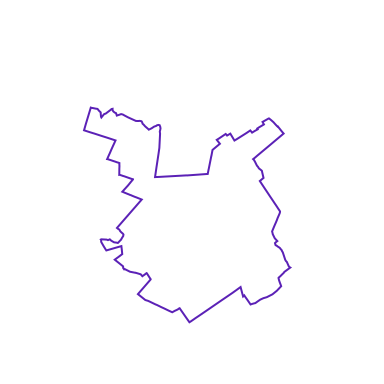 the district of Conkal, Yucatán, Mexico, rotated 229°
{"feature_id": "50627088B39566324417848", "entity_name": "Conkal", "entity_type": "district", "adm_level": 2, "iso_a3": "MEX", "parent_name": "Mexico", "parent_adm1": "Yucatán", "projection": "orthographic", "projection_center": [-89.502, 21.075], "detail": "fine", "context": "isolated", "style": "outline", "palette": "violet", "viewbox_px": 384, "rotation_deg": 229, "n_neighbors": 0, "source": "geoboundaries", "source_scale": "gbopen_adm2", "svg_char_len": 4319}
<svg xmlns="http://www.w3.org/2000/svg" viewBox="0 0 384 384"><g transform="rotate(229 192 192)"><path d="M204.1,89.0L197.5,103.2L194.4,101.1L190.9,98.6L191.6,89.3L181.1,91.2L179.8,90.2L178.5,90.1L178.6,90.4L172.5,92.9L168.0,96.4L168.0,96.5L163.5,99.3L161.0,99.3L160.9,100.5L160.7,102.1L160.7,102.7L160.7,103.3L160.6,103.9L160.6,104.5L160.4,104.6L153.6,103.6L153.4,103.6L153.3,103.3L153.1,103.2L150.4,84.2L149.3,84.4L146.1,85.0L141.1,85.9L138.7,87.4L137.4,88.0L130.9,90.8L130.0,91.3L126.0,93.0L125.7,93.1L122.4,94.6L117.7,96.6L114.2,98.2L113.5,101.5L113.4,101.7L112.7,104.2L112.6,105.8L112.4,106.4L103.1,105.4L95.4,104.6L95.1,106.4L94.7,110.1L94.5,112.1L94.2,114.4L94.0,116.0L93.1,123.6L90.7,144.6L90.6,145.4L89.3,156.4L88.4,166.3L79.6,162.0L79.6,162.8L79.7,163.6L77.1,163.3L74.9,163.1L68.7,162.4L68.2,163.7L67.1,166.0L66.6,166.9L66.4,169.2L66.0,172.9L65.0,176.3L64.2,178.0L63.5,179.6L62.9,182.0L62.0,185.6L61.8,191.2L62.2,195.4L62.4,197.5L64.2,198.2L66.1,198.9L68.3,199.8L70.4,200.9L70.5,201.2L70.5,203.3L70.7,206.1L70.8,208.2L71.1,209.2L70.5,216.6L71.5,216.3L72.5,216.3L77.0,217.7L78.2,217.6L79.3,217.8L79.7,217.9L86.8,220.9L88.5,221.2L89.1,221.5L90.9,221.5L92.0,221.6L93.8,221.2L94.6,220.9L95.9,220.7L97.0,220.2L99.0,221.1L99.1,222.2L99.0,224.2L102.8,224.1L107.3,225.3L107.7,225.6L109.7,226.6L112.0,231.2L113.2,233.7L113.9,235.2L115.1,237.6L116.1,239.4L117.0,241.3L117.9,243.2L118.4,244.2L119.0,245.1L119.3,245.4L119.4,245.5L119.6,245.7L121.6,246.0L121.8,246.0L127.7,246.8L127.9,246.8L135.7,247.8L135.9,247.8L142.0,248.6L146.8,249.2L155.8,250.4L155.7,255.2L157.8,256.3L161.0,258.0L162.0,258.6L162.7,258.6L165.9,258.0L166.6,258.1L167.6,258.3L169.3,258.3L173.9,259.5L174.7,259.6L175.4,259.8L176.7,259.7L176.6,262.2L176.6,265.3L176.5,270.7L176.4,275.8L176.3,280.4L176.2,286.9L176.0,299.5L178.2,299.5L180.9,299.6L182.8,299.7L183.0,299.7L183.4,299.7L183.6,299.7L183.8,299.7L184.7,299.8L185.1,299.8L185.1,299.5L185.6,299.5L185.9,299.4L189.1,299.3L189.4,299.3L191.1,299.3L194.2,298.9L197.0,298.4L197.2,298.1L198.6,291.2L195.8,290.6L196.8,285.1L197.1,282.9L196.2,282.7L196.9,279.4L197.4,276.3L200.2,276.4L200.8,271.6L202.6,259.9L203.0,257.8L210.9,259.2L211.6,255.5L213.7,255.5L214.6,248.2L214.7,247.4L214.9,246.2L215.1,244.9L210.1,244.7L210.3,235.1L206.5,230.3L206.5,230.2L198.3,219.6L198.2,219.4L195.3,215.7L195.6,215.3L195.7,215.2L207.4,199.6L207.6,199.3L207.9,199.0L208.2,198.7L217.5,186.7L222.4,180.4L225.1,176.9L227.5,173.9L233.7,181.1L242.8,191.8L246.7,196.3L257.0,206.2L258.7,207.3L259.9,209.0L260.6,209.9L262.0,210.8L263.7,211.4L264.7,210.6L265.3,209.4L265.4,208.3L266.2,206.3L266.6,203.2L267.4,200.3L268.1,200.3L272.3,199.7L274.4,199.7L276.0,199.5L277.3,200.1L278.5,200.3L280.0,199.2L280.6,198.3L282.4,196.3L290.3,192.7L294.2,191.2L295.9,190.6L297.3,189.6L297.9,188.0L299.0,185.4L299.5,185.6L301.3,186.4L302.6,185.8L304.2,185.5L305.5,185.6L306.6,186.3L306.9,186.6L307.4,185.7L307.4,184.0L307.8,178.2L308.4,177.0L308.3,175.9L307.7,172.5L308.5,172.7L310.6,174.2L312.0,175.3L314.6,175.1L316.7,175.2L318.1,174.0L320.6,172.1L321.1,171.6L322.1,171.0L313.1,156.7L309.4,151.0L304.4,154.0L301.0,156.1L300.4,156.5L293.9,160.4L293.4,160.7L288.5,163.7L281.1,168.1L280.7,167.2L279.7,165.1L278.6,162.6L277.9,161.1L276.8,158.7L276.3,157.7L275.1,155.2L274.4,153.6L274.3,153.4L274.2,153.2L273.5,151.7L272.5,149.6L272.4,149.7L271.3,150.4L268.3,152.2L267.9,152.4L266.9,153.0L264.9,154.2L264.3,154.5L263.8,154.8L263.3,155.1L262.7,155.5L261.5,156.2L260.8,155.6L260.6,155.4L260.4,155.2L260.1,155.0L259.0,154.1L257.2,152.4L252.7,148.4L252.6,148.6L252.2,148.8L251.9,149.0L251.6,149.2L251.4,149.3L251.1,149.5L250.7,149.7L250.2,150.0L249.9,150.2L249.6,150.3L249.3,150.5L248.9,150.8L247.9,151.4L241.9,154.8L240.3,155.8L240.2,155.7L239.8,153.0L238.9,147.9L238.6,145.3L238.3,142.7L237.9,139.6L232.5,142.3L231.8,142.7L230.7,143.2L229.7,143.8L228.6,144.3L227.2,145.0L225.8,145.7L224.4,146.5L223.0,147.2L220.5,148.5L219.3,149.1L214.1,111.8L212.8,112.0L211.7,112.4L210.6,112.4L209.6,112.1L207.9,112.2L205.9,112.5L204.9,112.4L203.9,111.2L203.4,109.5L202.9,107.9L202.6,107.4L202.4,104.9L202.3,104.3L202.2,102.6L203.2,101.9L204.0,101.2L205.1,100.2L205.6,100.0L208.3,99.1L210.2,98.9L210.8,97.0L212.0,96.4L215.8,92.5L215.9,92.1L215.5,92.1L214.7,91.3L213.8,90.7L208.7,89.7L205.6,89.2L204.1,89.0Z" fill="none" stroke="#5b21b6" stroke-width="2"/></g></svg>